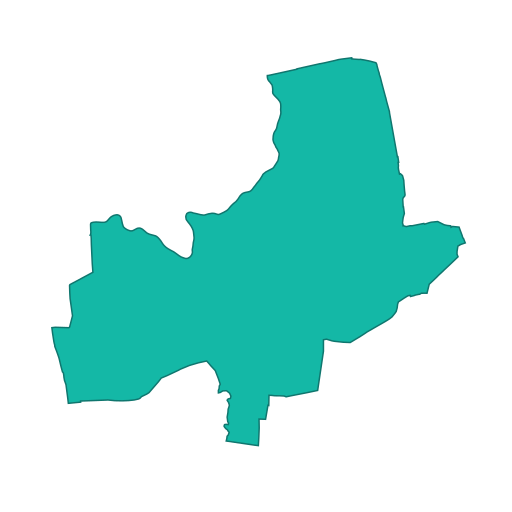 outline of Pueblo Nuevo, Guanajuato, Mexico, rotated 175°
{"feature_id": "50627088B8544251683738", "entity_name": "Pueblo Nuevo", "entity_type": "district", "adm_level": 2, "iso_a3": "MEX", "parent_name": "Mexico", "parent_adm1": "Guanajuato", "projection": "robinson", "projection_center": [-101.357, 20.548], "detail": "fine", "context": "isolated", "style": "filled", "palette": "teal", "viewbox_px": 512, "rotation_deg": 175, "n_neighbors": 0, "source": "geoboundaries", "source_scale": "gbopen_adm2", "svg_char_len": 6085}
<svg xmlns="http://www.w3.org/2000/svg" viewBox="0 0 512 512"><g transform="rotate(175 256 256)"><path d="M443.4,126.8L416.9,125.5L416.2,125.5L409.3,124.2L401.9,123.4L395.5,123.1L389.9,123.2L385.4,123.8L384.1,124.3L382.3,125.9L376.8,128.0L374.5,129.2L364.1,139.3L361.0,142.7L355.3,144.5L343.0,149.0L341.3,149.8L331.8,152.8L322.8,154.6L314.3,155.7L312.4,153.2L310.6,150.6L306.8,145.7L306.5,145.2L305.7,142.4L304.2,137.3L303.9,136.0L302.8,131.4L303.9,129.7L304.3,127.2L305.2,125.4L305.4,123.0L305.4,122.9L303.4,123.2L300.9,124.5L297.3,124.4L296.6,123.9L294.3,121.7L293.2,118.6L293.9,116.4L294.6,116.2L295.6,116.2L296.9,115.6L297.3,114.7L296.2,112.7L295.7,110.8L295.6,109.3L297.1,105.8L297.3,104.5L297.6,102.6L298.8,98.0L298.6,93.4L297.9,92.0L298.4,90.5L300.4,90.9L301.9,90.8L302.4,90.2L302.6,88.9L301.2,86.7L299.6,85.3L299.2,84.2L298.1,82.7L299.4,79.9L300.5,79.0L301.0,76.6L301.8,74.3L273.9,67.7L270.2,66.9L269.1,74.3L267.8,84.5L267.2,93.3L260.7,92.5L257.1,106.3L256.3,106.0L255.2,116.1L252.6,115.8L249.8,115.2L246.1,114.8L244.0,114.6L241.2,114.2L240.0,114.0L238.3,113.1L233.3,113.7L217.2,115.4L206.3,116.7L197.1,155.3L196.1,166.7L193.0,167.0L187.8,164.9L185.3,164.2L176.6,162.5L169.7,161.6L158.9,166.9L155.1,168.9L151.9,170.7L131.9,180.0L128.6,181.7L125.8,183.5L122.7,186.7L121.2,188.5L119.9,192.0L119.1,195.7L118.1,197.9L115.8,199.1L112.2,201.1L108.2,203.1L105.9,203.4L105.6,202.2L101.9,202.8L100.6,203.2L97.2,203.6L96.3,203.6L94.5,204.5L89.6,204.1L88.9,204.0L85.9,212.8L84.1,214.2L77.8,219.2L76.2,220.6L75.6,221.1L73.5,222.7L73.2,222.9L72.5,223.5L71.3,224.4L69.9,225.6L62.9,231.1L54.8,237.6L55.6,240.3L55.3,243.1L54.0,248.3L52.0,249.1L51.9,249.4L46.4,250.8L47.8,255.5L48.4,256.1L48.9,258.6L50.9,265.9L51.2,267.1L57.6,268.3L59.2,267.6L59.4,269.1L63.0,269.8L65.8,270.7L72.0,274.5L78.3,274.4L79.9,274.2L85.4,273.0L85.9,273.8L97.9,272.5L99.9,272.7L103.6,272.2L105.8,272.9L106.5,273.7L106.8,273.5L106.9,275.0L107.2,276.0L106.7,278.6L106.0,281.6L104.5,285.4L104.8,292.1L105.1,292.1L104.9,299.4L104.6,300.5L104.2,301.2L102.6,302.8L102.2,303.8L102.2,305.3L102.3,307.7L102.3,313.6L102.2,318.6L103.0,323.1L103.7,324.1L104.4,324.8L105.0,325.4L105.9,325.1L106.5,329.9L106.5,330.9L106.6,331.3L106.2,333.7L106.3,336.9L105.7,336.9L106.0,342.5L106.5,342.4L110.5,386.8L110.5,388.3L112.4,398.6L112.9,402.2L113.1,402.9L115.2,414.8L115.2,415.0L115.5,416.5L116.6,423.3L117.4,426.5L117.3,427.3L117.9,429.7L118.8,434.6L119.0,436.5L119.7,438.1L125.8,440.3L130.9,441.8L134.9,442.8L136.1,442.8L141.3,443.6L142.1,443.8L143.5,444.1L143.4,445.1L153.6,444.7L156.6,444.5L160.2,443.9L170.4,442.5L173.1,442.2L174.9,442.0L175.5,442.0L198.9,438.9L199.0,438.5L227.7,434.8L229.0,434.8L229.1,433.9L229.1,432.8L229.0,431.9L228.7,430.7L228.1,429.4L227.2,428.3L225.2,425.1L225.0,424.3L224.9,423.4L224.8,421.8L224.9,419.4L225.1,418.3L225.1,417.2L225.0,416.4L224.6,415.7L223.8,414.4L220.5,410.4L219.3,408.5L218.8,407.7L218.3,406.1L218.2,405.3L218.2,404.2L218.3,402.3L218.7,399.6L218.7,397.3L218.8,396.2L219.1,394.9L220.6,390.9L221.8,388.5L223.0,385.8L223.5,384.1L224.0,382.5L224.4,381.3L224.9,380.5L225.8,379.1L226.4,378.6L227.0,377.6L227.5,376.7L228.2,374.7L228.5,373.3L228.7,371.9L228.9,370.9L228.9,370.0L228.6,368.1L228.3,367.0L227.3,364.8L227.0,363.9L226.7,362.8L225.7,361.0L225.2,359.6L224.3,357.3L224.0,356.2L224.2,354.5L225.0,351.8L225.2,350.8L225.8,349.1L226.7,347.9L227.9,346.3L228.6,345.4L229.8,343.9L230.6,342.8L231.4,342.1L232.1,341.7L232.8,341.4L235.5,340.3L239.0,338.8L239.7,338.3L240.6,337.7L241.4,337.2L242.1,336.5L242.7,335.5L245.7,331.5L249.0,328.2L250.4,326.5L252.1,324.8L253.7,322.9L254.7,322.0L255.5,321.4L256.5,320.9L257.8,320.6L261.4,320.2L262.3,320.0L263.3,319.7L264.2,319.3L265.0,318.7L266.1,317.8L266.9,317.0L268.7,314.6L270.2,313.0L271.3,311.9L273.9,310.2L276.0,308.5L277.6,307.0L279.3,305.2L280.2,304.5L281.2,303.8L284.2,302.4L287.7,301.1L289.0,300.7L289.9,300.6L290.6,300.8L291.9,301.3L293.0,301.8L294.0,302.1L295.2,302.3L296.2,302.4L299.8,302.1L302.2,301.6L303.7,301.3L304.6,301.3L307.6,302.0L312.0,303.5L314.7,304.3L316.2,305.0L317.4,305.3L318.4,305.3L319.3,305.2L320.1,304.9L320.7,304.6L321.3,304.2L321.5,303.8L322.0,302.9L322.3,302.1L322.5,301.4L322.5,300.6L322.4,299.3L322.3,298.4L321.7,297.4L320.6,295.5L319.3,293.6L318.0,291.3L317.0,289.0L316.7,287.9L316.4,287.1L316.2,285.5L316.1,281.2L316.1,279.5L316.4,277.7L317.3,274.8L318.0,271.2L318.8,268.5L319.0,267.6L319.0,265.3L319.2,264.5L319.6,263.5L320.0,262.8L320.8,261.8L321.5,261.1L322.3,260.5L323.2,260.1L324.1,259.7L324.8,259.6L325.9,259.6L326.8,259.8L329.1,260.8L330.7,261.6L332.6,263.0L335.8,265.8L337.7,267.4L339.3,268.4L340.4,269.1L343.0,270.9L344.8,272.4L346.1,273.8L346.9,274.8L348.0,276.5L349.4,279.2L350.5,280.9L351.7,282.5L352.8,283.7L353.8,284.5L354.3,284.8L355.6,285.3L360.0,286.9L360.8,287.3L362.0,288.0L363.0,288.7L364.0,289.8L366.7,292.5L367.7,293.2L369.1,293.9L369.8,294.0L371.0,294.0L371.9,293.9L376.0,292.2L377.0,291.9L377.7,291.9L378.5,291.9L379.3,292.1L381.1,292.9L382.2,293.5L383.0,294.1L384.0,294.9L384.9,295.8L385.4,296.5L385.7,297.2L386.3,299.9L386.6,302.4L387.0,305.3L387.2,306.2L387.5,306.9L388.1,307.7L388.3,308.0L389.0,308.5L390.1,309.0L390.6,309.1L391.2,309.2L392.5,309.1L393.8,308.9L394.3,308.8L396.2,308.0L397.0,307.6L397.7,307.1L398.4,306.5L400.6,304.4L401.3,303.8L401.9,303.4L402.6,303.1L403.2,302.9L404.0,302.8L404.8,302.8L407.0,303.0L410.1,303.5L412.4,303.8L413.6,303.8L415.2,303.8L416.3,303.6L417.2,303.4L417.6,303.1L417.8,302.8L418.0,302.2L418.1,301.6L418.4,296.4L418.4,294.9L418.5,293.6L418.7,292.6L419.0,291.9L419.3,291.4L418.7,291.4L418.6,290.8L418.6,288.2L419.0,281.9L419.8,262.2L419.9,254.0L443.7,243.8L444.1,243.4L444.3,242.9L444.7,236.0L444.9,229.7L444.0,212.4L447.9,201.4L448.3,201.1L448.9,200.9L462.2,202.5L465.6,202.4L465.4,197.0L464.8,188.1L464.5,185.8L464.4,185.7L464.3,185.2L464.3,184.7L464.3,183.4L463.1,179.2L462.4,176.6L461.3,172.2L461.0,170.6L459.9,163.1L459.6,161.4L458.9,157.4L458.4,156.9L458.1,156.2L457.9,154.0L457.9,151.9L457.6,148.6L457.4,148.0L457.0,146.4L456.5,144.4L455.9,130.2L455.8,125.6L443.4,125.7L443.4,126.8Z" fill="#14b8a6" stroke="#0f766e" stroke-width="1.5"/></g></svg>